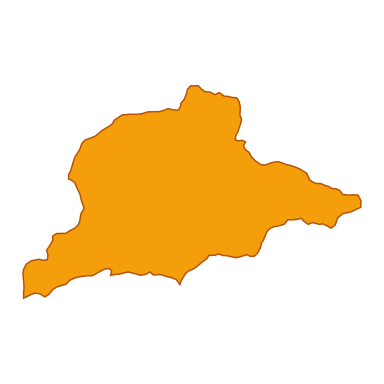 Passa Quatro, Minas Gerais, Brazil (orthographic projection)
{"feature_id": "56859067B53708419118312", "entity_name": "Passa Quatro", "entity_type": "district", "adm_level": 2, "iso_a3": "BRA", "parent_name": "Brazil", "parent_adm1": "Minas Gerais", "projection": "orthographic", "projection_center": [-44.965, -22.402], "detail": "fine", "context": "isolated", "style": "filled", "palette": "amber", "viewbox_px": 384, "rotation_deg": 0, "n_neighbors": 0, "source": "geoboundaries", "source_scale": "gbopen_adm2", "svg_char_len": 2504}
<svg xmlns="http://www.w3.org/2000/svg" viewBox="0 0 384 384"><path d="M121.8,115.0L117.1,118.3L114.2,120.3L112.6,123.5L109.7,126.0L105.6,128.3L101.6,130.8L98.9,133.2L95.1,136.2L90.6,138.0L84.8,140.2L81.6,143.9L80.0,148.9L77.4,153.2L75.1,156.9L73.4,161.4L72.0,166.3L70.6,170.9L68.6,174.5L68.6,179.1L71.7,180.3L74.7,182.4L76.8,187.8L80.0,194.1L81.3,200.0L82.9,204.6L84.0,208.5L80.8,214.1L79.9,220.5L78.3,224.8L74.6,228.3L69.6,230.8L65.8,233.4L61.9,233.4L56.5,233.6L52.5,236.2L52.9,240.0L50.0,245.3L46.7,250.0L48.0,255.4L47.3,259.8L43.5,260.3L39.0,259.3L31.1,260.8L26.3,264.2L23.7,269.1L23.0,273.1L23.4,278.7L23.9,284.5L24.0,288.8L23.6,292.4L23.6,298.2L30.1,295.0L34.8,293.1L40.0,293.8L44.8,296.9L48.4,294.7L52.9,289.6L56.3,287.2L60.4,285.8L65.9,284.3L69.9,280.2L73.9,278.3L77.4,277.2L82.8,276.3L87.4,275.7L92.5,275.7L99.2,271.9L103.3,269.7L108.6,268.3L111.6,270.6L110.6,275.5L115.3,274.3L119.6,274.1L128.1,271.9L140.9,275.3L145.7,274.3L150.0,271.9L153.4,275.0L160.2,274.5L166.2,276.4L172.0,277.8L176.2,279.5L179.9,284.6L181.1,280.7L183.5,277.0L185.8,273.1L189.4,270.6L192.8,269.2L197.0,266.5L202.4,261.8L206.9,258.7L208.7,255.5L214.9,255.2L218.8,254.0L223.1,255.6L226.4,255.6L230.3,256.5L236.0,257.7L240.9,256.6L246.7,254.6L250.4,256.4L254.4,256.2L257.8,252.7L260.7,247.0L261.3,243.3L263.4,240.2L267.0,231.5L269.8,228.6L274.4,226.6L279.3,225.7L284.1,224.3L287.9,219.8L293.3,219.8L297.8,219.2L301.1,218.3L303.7,221.0L308.1,224.3L312.4,222.6L319.2,224.3L323.2,223.9L327.7,226.2L331.1,228.2L335.2,225.0L337.7,217.9L343.2,213.4L350.2,212.2L354.0,210.5L360.8,207.2L361.0,200.8L358.1,195.1L353.5,194.8L348.6,195.1L342.8,194.5L339.6,190.4L336.2,188.8L331.9,188.5L328.3,186.3L324.6,185.3L321.1,183.6L316.6,183.4L313.1,182.4L309.5,179.6L306.7,173.3L302.9,170.9L299.1,168.6L294.4,166.8L290.5,165.4L286.5,164.7L282.9,163.2L277.9,161.6L272.8,162.3L269.2,163.5L265.8,164.9L261.1,164.8L256.8,161.9L253.6,159.2L251.0,156.2L249.3,152.6L245.3,149.5L243.5,145.9L245.6,141.9L242.2,140.3L238.6,140.9L235.2,139.9L235.9,135.5L237.8,132.1L239.5,126.7L240.9,122.8L241.5,119.3L239.9,115.0L240.2,110.7L240.2,106.2L239.0,101.4L236.6,97.7L232.3,97.5L228.7,96.5L224.2,96.2L219.4,92.6L214.7,94.6L210.2,92.1L204.8,91.6L201.5,89.1L198.3,85.8L194.9,85.8L190.7,85.8L187.5,89.2L186.3,94.3L184.2,99.3L181.0,103.1L180.4,106.8L178.1,110.2L172.9,109.8L168.0,108.6L163.9,110.3L160.1,111.5L155.9,111.7L151.9,111.7L147.9,111.9L142.3,113.6L136.3,114.4L129.7,114.2L125.3,114.7L121.8,115.0Z" fill="#f59e0b" stroke="#b45309" stroke-width="1.5"/></svg>